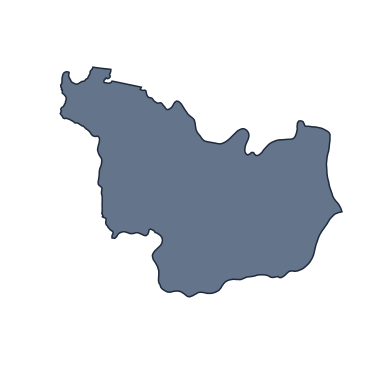 outline of Caapiranga, Amazonas, Brazil, rotated 192°
{"feature_id": "56859067B97968343077652", "entity_name": "Caapiranga", "entity_type": "district", "adm_level": 2, "iso_a3": "BRA", "parent_name": "Brazil", "parent_adm1": "Amazonas", "projection": "natural_earth1", "projection_center": [-61.698, -3.056], "detail": "fine", "context": "isolated", "style": "filled", "palette": "slate", "viewbox_px": 384, "rotation_deg": 192, "n_neighbors": 0, "source": "geoboundaries", "source_scale": "gbopen_adm2", "svg_char_len": 6061}
<svg xmlns="http://www.w3.org/2000/svg" viewBox="0 0 384 384"><g transform="rotate(192 192 192)"><path d="M296.9,295.1L307.7,294.0L314.9,293.5L315.2,291.5L315.6,290.6L316.2,289.9L316.7,288.6L316.6,287.8L316.4,286.7L316.6,285.8L317.6,282.5L317.7,281.3L318.6,280.8L319.2,280.3L319.7,279.4L320.0,278.6L320.5,278.0L322.3,277.4L322.9,277.1L325.6,274.4L326.3,274.0L327.1,273.6L327.9,273.5L328.8,273.5L331.2,274.1L332.3,274.5L332.9,274.9L333.4,275.4L334.4,276.7L335.8,278.2L336.6,279.5L337.0,280.9L336.9,283.0L337.4,283.6L338.4,283.7L339.2,283.6L339.8,283.5L340.8,283.0L341.5,282.4L342.0,281.9L342.5,280.7L342.7,279.8L342.8,276.9L342.7,275.9L342.1,272.9L341.9,271.6L342.1,270.6L342.7,269.4L342.3,268.8L342.3,267.9L341.7,267.0L341.1,266.5L341.1,265.3L340.6,264.7L340.0,264.8L339.8,263.6L339.4,261.7L338.5,261.3L337.8,260.9L336.9,260.4L335.4,259.1L335.0,258.6L334.6,257.7L334.4,257.1L334.3,256.1L334.4,255.3L334.6,254.3L334.4,253.1L334.5,252.0L335.0,251.5L335.0,250.7L335.5,249.1L336.2,248.2L336.9,247.7L337.4,246.7L337.6,245.6L337.2,244.8L336.7,244.0L336.9,243.2L336.8,242.4L337.2,241.4L335.8,240.0L334.5,239.0L333.4,237.6L331.9,237.3L330.4,238.0L328.7,237.7L327.1,237.7L325.6,237.1L322.5,236.2L321.0,235.2L319.4,235.6L317.7,235.5L316.3,235.0L313.3,233.8L311.8,233.8L308.9,231.8L307.4,231.3L306.0,230.5L304.5,229.6L302.1,227.2L300.7,226.4L299.1,226.2L297.5,226.3L296.0,227.1L294.5,226.3L293.5,224.8L293.2,223.0L293.1,221.2L293.2,219.0L293.3,217.1L293.3,215.2L293.1,213.3L291.2,209.9L290.0,208.5L287.6,206.0L286.8,204.3L286.6,202.5L286.4,200.4L286.5,198.2L286.9,196.5L287.1,194.6L286.9,192.8L286.3,188.9L286.1,187.0L285.9,182.1L285.2,180.0L284.3,179.3L283.4,178.9L282.7,178.4L281.8,177.9L281.1,177.4L280.8,176.8L280.7,175.4L280.6,174.0L280.4,172.5L280.3,171.8L280.0,171.2L279.3,169.9L278.9,168.8L278.7,167.9L278.3,166.3L278.2,165.5L277.8,164.1L277.6,162.2L277.3,161.2L276.9,159.1L276.4,157.2L276.1,155.5L275.7,154.9L275.9,154.1L275.6,153.5L275.8,152.7L275.6,151.9L275.0,151.7L274.7,151.2L274.4,150.2L273.9,149.6L274.4,149.1L273.8,148.8L271.5,148.5L270.9,148.2L270.3,147.4L270.2,146.4L270.2,145.4L270.1,144.4L269.8,143.3L269.3,142.5L268.7,141.8L268.0,141.5L267.5,141.0L267.1,140.4L266.4,139.7L265.7,139.3L264.5,138.3L263.8,137.9L263.1,137.6L262.5,137.3L261.7,137.1L260.9,136.4L260.7,135.5L260.7,134.7L260.9,133.9L261.1,133.2L261.1,132.3L260.7,130.4L258.0,130.6L256.5,132.5L255.9,134.7L254.8,136.4L253.2,137.7L251.4,138.7L249.5,139.1L247.0,138.9L244.5,138.5L242.7,138.6L240.5,139.3L238.3,140.6L235.8,140.9L229.3,139.5L227.7,139.9L226.4,141.6L226.1,143.7L226.2,145.8L225.0,147.1L222.7,146.7L220.8,146.0L219.7,144.7L217.9,144.6L214.0,143.0L212.3,141.5L211.4,140.2L210.8,138.2L210.9,135.3L211.8,133.0L216.3,126.4L217.3,123.8L217.6,121.8L217.0,120.0L215.7,117.7L213.8,116.0L212.2,114.2L210.3,112.0L208.2,108.2L207.6,105.9L207.3,104.2L206.7,100.0L206.3,98.2L205.4,96.1L203.9,94.6L202.9,92.6L201.5,91.3L199.6,90.4L197.6,89.7L195.4,89.1L192.5,89.4L190.1,90.7L187.1,91.8L185.3,92.2L182.2,92.2L179.2,91.1L174.9,89.0L172.7,88.9L169.9,90.6L164.8,95.1L162.1,95.9L158.9,96.1L156.2,96.0L153.5,96.5L151.8,97.0L149.8,97.9L147.9,99.1L145.4,101.2L143.8,104.1L143.1,106.4L142.1,108.7L141.0,110.7L139.0,112.6L137.4,113.6L135.9,114.3L133.3,115.3L131.7,115.5L127.4,116.2L125.9,116.6L123.4,118.3L120.7,120.2L115.6,121.9L113.3,122.9L110.6,124.4L108.8,125.0L105.4,125.8L103.8,126.0L102.3,126.1L99.7,125.9L97.3,125.0L94.7,125.3L93.2,126.0L90.6,127.1L88.6,126.5L86.8,126.9L84.7,128.8L83.6,130.2L81.9,132.8L80.5,134.5L78.3,135.5L76.8,135.7L75.0,135.8L72.2,136.8L69.4,138.7L67.8,139.9L66.0,142.0L63.9,144.9L62.9,146.5L62.0,148.4L60.8,151.9L60.3,154.2L60.0,156.4L59.9,161.1L59.8,166.0L58.6,175.0L58.0,177.3L56.6,181.4L55.8,183.0L55.0,185.0L53.4,188.6L52.1,192.5L51.5,194.1L50.5,195.9L48.6,198.9L47.6,200.2L44.1,202.5L42.7,203.1L41.2,203.8L42.9,206.8L44.2,208.4L45.6,210.0L47.1,211.4L49.0,212.7L52.0,215.3L53.4,217.1L54.6,219.3L58.2,225.2L59.0,226.8L60.4,230.2L61.2,231.8L62.3,234.0L62.9,235.6L63.8,238.1L64.3,240.0L65.0,242.6L65.7,245.1L66.3,247.0L66.6,249.5L67.1,254.1L67.1,258.1L66.9,260.2L67.0,263.0L67.5,267.5L67.7,269.9L67.9,271.8L68.5,274.4L68.8,276.4L69.7,278.0L71.3,279.2L72.8,279.8L76.9,281.0L78.6,281.3L82.4,281.3L84.2,281.3L86.0,281.1L87.7,280.7L89.5,280.7L91.9,280.5L93.8,280.0L95.5,280.3L96.5,282.0L98.0,283.8L99.1,284.2L101.0,284.1L102.3,283.6L103.2,281.6L102.8,277.6L102.2,275.9L102.1,273.9L102.1,272.0L102.3,269.8L102.7,267.6L103.6,265.9L104.8,264.8L106.5,264.2L108.2,263.7L110.1,263.2L113.5,262.2L115.0,261.7L116.9,261.3L118.7,260.7L120.6,259.7L122.4,258.5L124.3,257.1L125.8,255.7L127.3,253.8L130.6,248.2L131.4,246.2L132.5,244.3L134.0,242.4L135.4,241.4L137.1,241.0L138.8,242.1L140.0,243.4L142.1,243.0L143.4,241.2L145.2,239.8L147.0,240.5L148.5,242.2L149.1,244.0L149.3,246.1L149.4,248.1L149.1,250.4L148.1,255.0L147.9,257.4L148.1,259.3L148.8,261.2L150.0,262.6L151.5,263.8L153.3,264.5L155.0,264.6L156.7,264.0L158.5,262.7L160.1,261.3L163.5,256.2L165.9,252.5L166.9,251.1L168.6,249.1L170.3,247.4L172.4,245.9L173.9,245.1L176.0,244.7L179.7,244.6L181.5,244.6L186.1,244.4L189.9,244.4L191.5,245.0L193.0,246.0L194.5,247.3L195.9,248.7L197.4,249.8L198.8,251.0L200.2,252.7L201.2,254.2L202.5,257.7L203.2,259.7L204.1,261.7L205.0,263.2L206.6,264.3L208.3,265.2L210.2,266.1L212.3,267.4L214.1,269.2L215.4,270.3L220.8,275.9L222.6,277.1L224.3,277.8L226.0,277.7L227.5,276.2L228.3,274.0L228.9,272.0L229.7,270.2L231.0,268.9L232.2,267.8L233.7,267.4L235.2,268.3L236.6,269.7L238.3,270.9L239.5,272.0L240.9,272.8L244.4,271.7L246.1,272.3L248.0,273.1L250.6,275.4L252.2,275.6L254.0,275.5L255.2,276.2L256.3,277.5L257.3,279.3L258.1,281.4L259.6,281.8L261.0,281.1L264.0,281.5L263.3,284.0L292.0,283.9L292.7,283.9L293.5,283.6L293.6,282.7L294.5,281.8L295.6,281.4L296.3,280.9L296.9,281.0L299.0,280.9L300.7,280.8L301.2,281.7L301.3,282.6L301.2,283.3L300.5,283.9L300.2,285.2L299.7,285.8L299.1,285.4L298.5,285.2L297.9,285.4L297.3,285.7L296.8,286.2L296.3,286.9L296.0,287.7L296.3,288.7L297.0,289.4L297.2,290.3L296.7,291.1L296.6,292.6L296.6,293.6L296.7,294.4L296.9,295.1Z" fill="#64748b" stroke="#1e293b" stroke-width="1.5"/></g></svg>